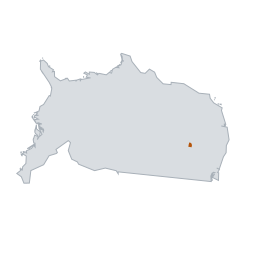 Gooding, Idaho, United States of America shown in context, rotated 190°
{"feature_id": "52423323B5287094029931", "entity_name": "Gooding", "entity_type": "district", "adm_level": 2, "iso_a3": "USA", "parent_name": "United States of America", "parent_adm1": "Idaho", "projection": "albers", "projection_center": [-114.845, 42.924], "detail": "fine", "context": "in_parent", "style": "filled", "palette": "amber", "viewbox_px": 256, "rotation_deg": 190, "n_neighbors": 0, "source": "geoboundaries", "source_scale": "gbopen_adm2", "svg_char_len": 3944}
<svg xmlns="http://www.w3.org/2000/svg" viewBox="0 0 256 256"><g transform="rotate(190 128 128)"><path d="M204.7,77.2L216.3,69.2L215.6,56.6L220.9,55.6L224.6,61.5L229.6,63.9L225.9,68.1L226.4,69.4L224.8,68.4L225.0,71.5L222.4,75.3L223.3,82.7L226.8,84.1L228.1,83.0L227.1,82.1L227.8,82.3L228.6,83.5L225.1,86.7L223.5,85.8L224.1,87.9L219.6,91.0L217.3,95.3L217.0,93.8L216.1,93.0L216.9,96.9L218.2,96.9L219.3,99.9L218.6,104.8L214.9,103.9L215.3,100.8L214.3,103.3L216.3,105.5L218.1,106.4L219.1,107.9L218.8,115.4L217.9,111.2L213.7,109.0L213.6,104.4L211.6,106.8L215.1,111.8L211.9,111.4L211.2,111.9L211.1,109.8L210.8,109.4L210.6,111.1L211.1,112.3L215.9,112.6L215.5,114.0L212.9,112.9L212.2,112.9L215.3,114.1L216.4,114.2L216.6,115.8L214.9,115.3L217.7,116.5L217.4,117.0L216.0,116.4L213.5,117.0L217.3,117.6L219.1,116.6L223.3,120.8L219.9,117.7L221.6,120.0L217.9,121.1L221.6,122.4L222.4,121.1L222.0,124.1L218.3,124.9L220.9,125.1L219.7,127.1L222.1,127.0L218.6,129.3L218.4,133.9L215.2,136.5L211.2,146.3L210.0,146.0L209.9,153.3L210.3,154.9L213.4,159.1L224.5,170.7L225.7,178.7L223.1,180.3L218.8,177.6L216.9,174.6L211.5,172.4L212.2,170.2L210.3,171.0L209.2,165.8L202.8,162.7L196.3,166.5L194.0,164.1L187.1,166.2L187.6,164.8L186.7,166.3L183.8,167.9L183.0,165.7L183.0,167.4L173.6,170.9L178.0,170.7L177.2,173.2L181.0,174.3L179.7,175.8L175.4,174.2L175.8,176.4L170.8,176.9L167.4,175.0L166.1,176.8L158.6,176.6L155.2,180.5L156.1,179.5L153.7,179.2L153.4,183.1L149.6,186.5L150.5,185.5L147.5,185.8L148.8,186.8L145.8,189.1L145.3,193.3L143.7,193.0L145.2,193.8L146.2,197.5L148.1,199.4L147.2,200.4L138.4,199.2L135.6,194.1L125.1,184.8L120.6,184.8L117.1,189.7L111.5,187.6L108.5,182.8L101.1,177.6L93.2,178.2L93.4,180.5L80.7,181.3L64.2,174.6L53.6,175.4L52.2,171.5L47.9,167.6L38.8,164.2L39.0,161.5L32.3,148.5L32.6,147.2L34.0,149.0L33.2,146.2L36.5,146.2L30.5,146.0L26.4,133.9L28.1,127.8L27.1,120.7L29.0,116.3L31.0,103.4L33.7,104.0L30.8,103.1L32.0,99.7L30.9,99.6L29.8,92.1L36.3,94.0L34.7,97.8L37.0,95.2L36.6,98.4L34.9,99.1L36.0,99.3L37.4,98.1L38.1,94.9L36.7,89.7L130.1,83.1L129.7,81.2L132.2,83.9L143.4,84.6L153.5,80.2L170.4,83.8L171.9,85.8L178.0,87.5L182.9,95.4L182.1,103.6L184.6,105.2L195.2,94.4L193.3,91.5L194.2,90.4L200.9,87.0L204.7,77.2ZM221.8,91.5L223.7,90.1L217.4,95.9L222.2,90.3L221.8,91.5ZM36.9,92.8L37.6,94.9L37.5,95.3L36.4,93.6L36.9,92.8ZM147.8,198.8L146.0,195.8L145.7,193.9L146.3,195.8L147.8,198.8ZM226.6,68.0L227.1,69.0L226.6,69.0L226.6,68.0ZM167.7,175.9L168.1,176.6L167.2,176.2L167.7,175.9ZM42.2,167.6L43.3,167.2L43.4,167.4L42.2,167.6ZM41.1,167.2L40.7,167.8L40.3,167.2L41.1,167.2ZM227.0,85.8L226.8,86.7L226.5,86.7L227.0,85.8ZM146.0,192.1L145.7,193.7L146.6,190.6L146.0,192.1ZM221.0,166.8L223.2,169.1L220.7,166.6L221.0,166.8ZM47.5,170.4L48.0,171.2L47.5,170.4L47.5,170.4ZM226.3,178.9L225.8,180.2L226.5,177.8L226.3,178.9ZM224.5,122.3L224.1,123.8L223.6,120.9L224.5,122.3ZM36.1,91.1L36.1,91.7L35.8,91.3L36.1,91.1ZM149.0,187.4L147.6,188.4L149.0,187.2L149.0,187.4ZM229.1,85.0L229.4,85.6L228.7,85.8L229.1,85.0ZM47.4,172.6L47.7,173.6L47.3,172.7L47.4,172.6ZM147.3,189.0L146.7,189.5L147.2,188.8L147.3,189.0ZM219.3,109.2L219.2,111.1L219.2,108.6L219.3,109.2ZM154.9,181.3L154.0,182.1L155.3,180.7L154.9,181.3ZM210.4,153.9L210.7,155.2L210.3,154.4L210.4,153.9ZM222.5,127.0L222.3,127.3L222.8,126.1L222.5,127.0ZM198.7,165.3L197.7,166.3L197.2,166.4L198.7,165.3ZM183.3,167.8L183.1,168.1L182.4,168.3L183.3,167.8ZM215.7,175.2L216.2,175.9L215.4,175.1L215.7,175.2ZM180.7,170.5L180.8,171.3L180.3,169.9L180.7,170.5ZM224.4,182.0L223.8,182.3L224.6,181.7L224.4,182.0ZM219.3,100.5L219.3,101.4L219.3,100.1L219.3,100.5ZM223.6,124.3L223.3,124.8L223.2,124.8L223.6,124.3Z" fill="#d9dde1" stroke="#a8b0b8" stroke-width="1"/><path d="M64.6,120.8L62.8,120.8L62.8,122.2L62.9,122.3L63.0,122.2L63.3,122.3L63.5,122.5L63.4,122.7L63.3,122.8L63.3,123.0L63.6,123.1L63.7,123.3L63.8,123.3L63.7,123.4L63.8,123.5L64.1,123.5L64.3,123.6L64.5,123.6L64.5,122.6L64.6,120.8Z" fill="#f59e0b" stroke="#b45309" stroke-width="1.5"/></g></svg>